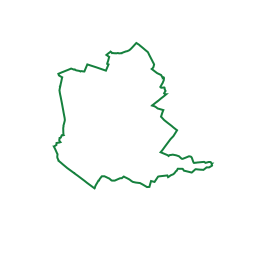 Bukaišu pag., Tervetes, Latvia (Mercator projection), rotated 41°
{"feature_id": "27541924B52538484652189", "entity_name": "Bukaišu pag.", "entity_type": "district", "adm_level": 2, "iso_a3": "LVA", "parent_name": "Latvia", "parent_adm1": "Tervetes", "projection": "mercator", "projection_center": [23.227, 56.415], "detail": "fine", "context": "isolated", "style": "outline", "palette": "green", "viewbox_px": 256, "rotation_deg": 41, "n_neighbors": 0, "source": "geoboundaries", "source_scale": "gbopen_adm2", "svg_char_len": 5039}
<svg xmlns="http://www.w3.org/2000/svg" viewBox="0 0 256 256"><g transform="rotate(41 128 128)"><path d="M69.6,79.7L69.4,79.9L68.9,80.3L68.6,80.6L68.4,80.7L68.2,80.9L67.9,81.0L67.6,81.2L67.0,81.8L66.9,81.7L66.5,81.9L65.8,81.7L64.7,81.8L64.7,82.6L64.3,84.1L63.8,87.0L64.7,86.9L67.2,86.7L67.5,87.5L67.9,88.2L68.6,89.7L68.7,89.8L69.3,91.3L70.1,93.2L70.2,93.3L71.6,92.8L73.7,99.2L64.5,102.9L55.6,106.7L56.9,110.7L58.0,114.0L57.8,114.2L55.3,115.8L55.2,115.9L55.0,116.5L54.9,116.5L53.5,117.0L52.9,117.4L51.7,118.1L51.0,118.5L49.9,118.8L49.6,118.8L49.5,118.7L49.4,118.7L49.3,118.9L49.2,119.1L49.0,119.3L48.9,119.4L48.6,119.5L46.5,120.3L46.3,120.4L46.2,120.4L46.0,120.6L45.9,120.9L44.4,123.9L43.5,125.6L42.4,127.8L42.3,128.0L41.6,129.3L39.9,132.8L41.3,133.6L41.5,133.6L43.4,133.3L45.1,132.9L45.5,133.8L46.2,135.0L47.0,136.4L47.3,137.0L47.6,137.5L48.3,138.9L48.7,139.6L49.0,140.2L49.1,140.5L49.2,140.4L49.7,141.3L50.5,142.8L51.2,143.9L51.5,144.5L52.1,145.0L52.5,145.3L52.9,145.7L54.9,147.3L56.9,148.8L58.3,149.9L59.6,150.9L61.4,152.3L62.9,153.5L64.9,155.1L67.8,157.4L69.0,158.4L73.2,161.7L73.6,162.0L73.8,162.2L75.0,163.3L75.5,164.0L77.0,167.0L77.7,168.5L78.0,168.9L78.3,169.1L78.6,169.6L78.8,170.0L79.2,170.6L81.1,172.7L82.3,174.0L83.1,174.8L83.7,175.4L84.0,175.5L83.3,176.2L83.5,176.4L82.8,177.1L83.5,179.1L83.5,179.7L82.9,180.4L84.1,182.2L84.1,182.3L85.0,182.8L86.3,183.0L85.8,183.9L84.3,185.7L83.9,186.2L84.6,187.2L85.1,187.8L84.3,190.5L84.2,190.6L84.7,190.8L87.1,191.8L88.6,192.5L91.8,194.0L92.0,194.0L93.3,195.9L93.4,196.0L94.0,196.6L94.2,196.8L96.8,198.0L97.2,198.1L97.2,198.3L99.9,198.2L102.8,198.2L107.6,198.1L108.3,198.1L111.8,197.8L116.6,197.4L116.9,197.2L117.1,197.4L121.3,197.0L129.9,196.4L132.3,196.3L132.6,196.3L135.2,196.1L142.4,195.5L142.4,195.4L141.5,193.3L141.4,193.1L140.8,190.2L140.8,189.9L140.4,188.1L140.3,187.5L140.2,187.1L140.6,186.7L140.4,186.1L140.2,185.6L140.1,184.7L139.9,181.7L140.1,181.4L140.5,181.2L141.2,180.5L141.7,180.0L141.9,179.9L143.9,179.3L145.1,179.0L146.5,178.6L146.8,178.5L147.0,178.4L147.3,178.4L147.6,178.4L148.0,178.4L148.4,178.4L148.9,178.4L149.7,178.4L150.2,178.3L150.4,178.2L150.7,178.0L152.5,176.4L153.9,173.4L154.9,171.3L155.0,171.1L156.0,170.2L156.3,169.9L156.3,169.5L156.5,168.3L156.5,168.1L156.7,167.4L156.8,167.4L158.1,167.1L158.8,166.9L159.5,166.7L160.3,166.5L162.4,166.0L164.1,165.8L164.6,165.8L165.2,165.8L167.0,165.5L169.6,164.1L172.1,162.4L173.1,161.7L176.2,161.0L178.9,160.5L181.1,160.1L182.8,158.4L181.4,155.5L180.2,152.9L183.4,151.3L182.6,145.0L183.2,144.1L185.5,141.6L188.8,138.0L190.5,138.8L190.6,138.5L190.7,138.2L190.8,137.8L190.9,137.3L191.2,136.1L191.2,135.9L191.3,135.6L191.5,135.3L192.6,133.0L192.6,132.9L192.7,130.9L192.7,130.5L192.5,129.6L192.5,129.3L192.6,128.9L192.8,128.3L192.8,128.2L192.4,126.5L192.3,126.3L192.3,126.1L194.8,124.0L195.9,123.1L196.0,123.0L196.4,123.0L198.2,123.5L199.0,123.1L199.5,122.8L203.2,120.9L205.2,119.9L205.3,119.8L205.4,119.5L205.9,115.3L206.0,114.9L206.2,114.6L207.4,113.8L210.2,111.8L210.4,111.6L211.3,110.9L212.4,110.1L213.0,107.2L213.1,106.2L214.9,104.7L215.0,104.6L215.1,104.4L216.1,101.3L216.1,101.2L214.8,100.3L214.8,100.0L214.8,99.8L214.6,100.0L212.7,99.5L211.2,100.7L210.9,101.2L209.4,103.4L209.3,103.5L208.2,103.5L207.6,103.7L203.6,107.9L202.9,108.6L202.5,109.2L201.9,109.7L201.8,109.9L200.8,111.0L200.6,111.1L200.4,111.1L199.2,110.6L195.9,108.7L195.0,108.4L194.4,108.4L194.2,108.4L192.6,109.3L190.8,112.9L189.5,115.4L189.4,115.5L188.6,116.0L185.0,115.9L182.3,117.0L180.4,118.1L179.3,118.7L178.5,119.7L177.1,121.3L177.0,122.5L175.8,122.5L168.5,124.9L168.5,122.3L168.1,117.9L167.4,108.5L167.5,106.2L167.6,104.4L167.1,101.2L166.5,97.5L166.3,97.5L166.0,97.6L161.7,97.8L159.5,97.8L154.4,98.1L150.0,98.3L145.8,97.8L145.5,97.8L144.5,95.4L144.4,95.3L144.4,95.2L144.0,94.3L143.0,91.6L142.9,91.3L137.6,93.8L135.6,93.9L133.8,94.2L131.4,95.3L131.4,95.0L131.5,94.9L131.7,93.9L132.5,89.6L132.7,88.6L132.8,88.6L133.2,86.1L133.3,85.3L133.5,84.1L133.8,82.6L134.1,81.2L134.3,80.1L134.5,78.8L134.7,77.5L134.0,78.1L133.8,78.2L133.5,78.2L133.3,78.2L133.1,78.0L132.5,78.1L132.4,77.8L132.3,77.5L132.3,77.1L132.2,76.8L132.0,75.4L131.7,75.3L131.5,75.2L131.4,75.2L131.1,75.0L130.9,74.9L130.7,74.9L130.3,74.7L130.2,74.5L130.0,74.4L129.2,73.7L128.9,73.6L128.1,74.3L127.4,75.1L127.2,75.3L126.9,75.6L126.6,75.8L126.2,75.9L125.5,75.8L125.5,75.7L124.8,72.6L124.6,71.2L124.3,70.5L123.7,68.6L123.5,68.3L122.7,67.1L122.3,66.6L122.2,66.6L121.9,66.8L121.9,67.0L121.7,67.3L121.6,67.1L121.6,66.8L121.5,66.7L121.4,66.6L121.2,66.9L121.1,67.2L121.0,67.3L118.3,66.3L113.9,67.5L107.2,67.9L107.4,66.9L107.3,66.1L107.3,65.6L107.0,64.9L106.0,62.9L104.8,62.4L104.7,62.3L104.0,62.1L103.6,61.9L102.9,61.7L102.4,61.4L101.3,61.0L98.8,60.0L95.8,58.8L94.7,58.3L93.2,57.7L89.7,57.8L87.4,57.8L83.6,57.9L82.9,58.0L82.5,57.9L81.8,57.9L78.5,58.4L78.4,62.8L78.3,65.8L78.0,68.3L77.1,70.4L76.1,71.7L74.1,75.4L74.2,75.7L74.0,75.9L73.9,75.9L73.7,76.0L73.0,76.9L72.5,77.3L72.3,77.5L71.6,77.9L71.2,78.0L70.4,79.1L69.8,79.6L69.7,79.7L69.6,79.7Z" fill="none" stroke="#15803d" stroke-width="2"/></g></svg>